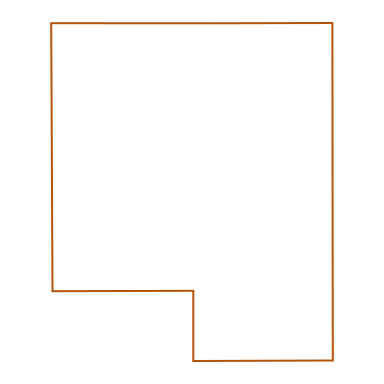 Turner, South Dakota, United States of America
{"feature_id": "52423323B55012152338707", "entity_name": "Turner", "entity_type": "district", "adm_level": 2, "iso_a3": "USA", "parent_name": "United States of America", "parent_adm1": "South Dakota", "projection": "mercator", "projection_center": [-97.158, 43.292], "detail": "fine", "context": "isolated", "style": "outline", "palette": "amber", "viewbox_px": 384, "rotation_deg": 0, "n_neighbors": 0, "source": "geoboundaries", "source_scale": "gbopen_adm2", "svg_char_len": 228}
<svg xmlns="http://www.w3.org/2000/svg" viewBox="0 0 384 384"><path d="M51.2,23.2L52.5,291.2L193.3,290.8L193.3,361.0L332.8,360.5L332.6,219.6L332.4,23.0L211.7,23.3L51.2,23.2Z" fill="none" stroke="#b45309" stroke-width="2"/></svg>